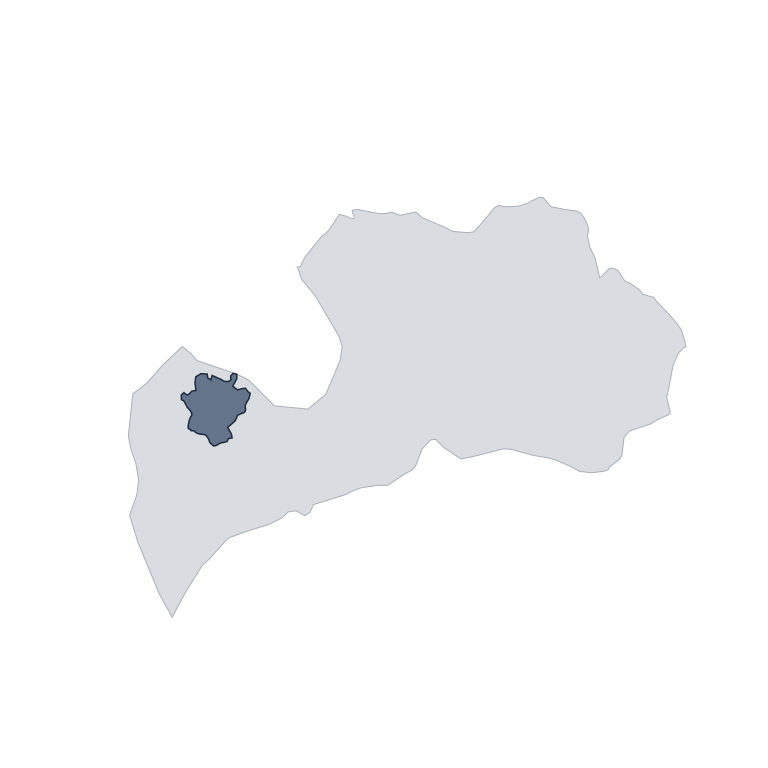 where Talsi sits in Latvia, rotated 335°
{"feature_id": "LVA-1091", "entity_name": "Talsi", "entity_type": "Municipality", "adm_level": 1, "iso_a3": "LVA", "parent_name": "Latvia", "parent_adm1": "", "projection": "albers", "projection_center": [22.585, 57.256], "detail": "fine", "context": "in_parent", "style": "filled", "palette": "slate", "viewbox_px": 768, "rotation_deg": 335, "n_neighbors": 0, "source": "natural_earth", "source_scale": "10m", "svg_char_len": 2893}
<svg xmlns="http://www.w3.org/2000/svg" viewBox="0 0 768 768"><g transform="rotate(335 384 384)"><path d="M550.8,556.5L546.6,556.1L534.6,552.2L524.4,545.9L518.0,537.2L507.2,525.3L500.2,519.3L489.3,511.9L471.1,496.5L464.6,493.1L433.4,487.3L422.1,484.5L411.2,466.5L407.5,456.0L402.4,454.3L397.0,456.7L391.1,459.0L377.6,471.9L373.2,473.8L364.6,474.2L344.5,477.4L335.3,473.1L319.3,468.4L310.6,467.8L303.0,468.0L269.1,463.5L262.9,468.9L256.7,469.9L250.6,461.7L243.0,459.4L234.7,462.2L219.6,462.6L201.7,460.0L178.9,457.8L175.5,458.7L150.0,469.4L143.7,470.9L115.8,489.0L93.5,505.9L91.6,478.1L94.2,422.8L98.0,395.5L113.3,379.8L121.0,367.5L125.6,351.0L127.2,335.6L130.4,323.0L152.1,286.8L169.0,283.1L191.7,273.2L217.1,264.8L222.0,275.5L224.5,283.7L255.2,313.4L263.1,323.3L275.4,357.5L304.4,374.6L326.9,368.7L336.6,360.0L354.3,344.0L362.0,332.4L363.4,321.4L358.9,274.6L353.6,254.3L354.9,241.6L358.1,242.2L365.4,235.9L389.7,223.8L394.6,223.1L400.2,220.6L415.3,211.5L420.5,215.8L424.8,220.9L427.1,220.9L428.2,218.9L427.7,215.6L428.7,213.1L433.2,214.3L451.8,227.7L458.8,230.7L463.6,231.4L469.6,237.8L485.2,241.5L487.2,244.8L488.6,249.0L504.0,266.2L511.0,274.9L524.3,282.5L530.0,284.1L552.0,274.3L558.1,271.0L563.3,270.6L568.9,274.7L581.3,279.8L592.4,281.0L594.4,280.4L603.7,280.4L607.1,282.5L610.1,293.8L621.3,302.0L631.7,308.7L634.4,312.0L635.7,318.6L635.7,326.4L634.7,330.6L631.0,335.5L628.3,347.6L628.6,358.8L624.4,378.6L625.7,378.8L637.4,374.4L641.0,376.2L644.0,380.2L645.7,392.3L650.1,397.5L654.8,405.7L656.6,412.2L665.0,419.5L666.0,424.6L672.2,442.3L674.9,452.6L676.4,460.6L674.9,471.0L673.4,478.1L670.9,477.9L664.1,480.3L653.7,489.5L638.7,510.4L634.7,515.1L631.5,530.4L630.6,532.0L620.9,532.0L618.2,531.8L608.5,532.8L587.2,530.3L579.2,533.5L569.4,549.3L565.3,551.8L552.9,554.6L550.8,556.5Z" fill="#d9dde1" stroke="#a8b0b8" stroke-width="1"/><path d="M251.8,310.5L254.7,313.0L252.8,317.0L249.8,319.3L246.0,322.0L248.7,327.4L253.8,328.3L256.7,329.3L257.3,333.0L258.8,335.9L255.6,340.0L250.6,343.5L249.8,344.0L248.4,346.3L248.2,347.4L247.8,348.6L247.0,349.7L245.4,350.8L239.1,350.4L237.2,350.9L236.7,351.7L236.0,352.5L233.5,354.5L226.2,356.7L224.0,357.1L224.6,364.9L223.5,368.7L220.0,367.7L217.4,369.8L213.3,369.0L211.1,368.4L205.7,368.8L203.3,368.1L202.5,365.7L201.7,364.7L201.5,363.4L201.5,362.7L201.8,359.4L201.1,355.9L200.7,354.8L199.0,353.3L196.6,352.1L193.8,349.7L192.8,348.2L192.2,346.5L191.6,345.9L189.4,344.8L189.2,342.9L188.1,342.3L187.9,341.8L188.4,339.8L191.6,335.2L194.8,332.1L196.6,331.2L197.0,330.4L197.2,328.9L197.6,328.6L196.5,323.8L195.8,321.9L195.8,319.5L195.5,315.0L195.1,314.2L193.8,312.6L195.6,308.3L199.0,307.3L200.8,310.7L203.3,310.7L206.8,309.3L210.9,310.3L213.1,303.3L216.5,297.9L222.6,297.3L228.0,300.3L226.8,304.0L228.9,307.0L231.8,303.6L238.3,311.0L240.2,314.0L244.0,316.0L247.0,315.6L248.3,312.0L251.8,310.5Z" fill="#64748b" stroke="#1e293b" stroke-width="1.5"/></g></svg>